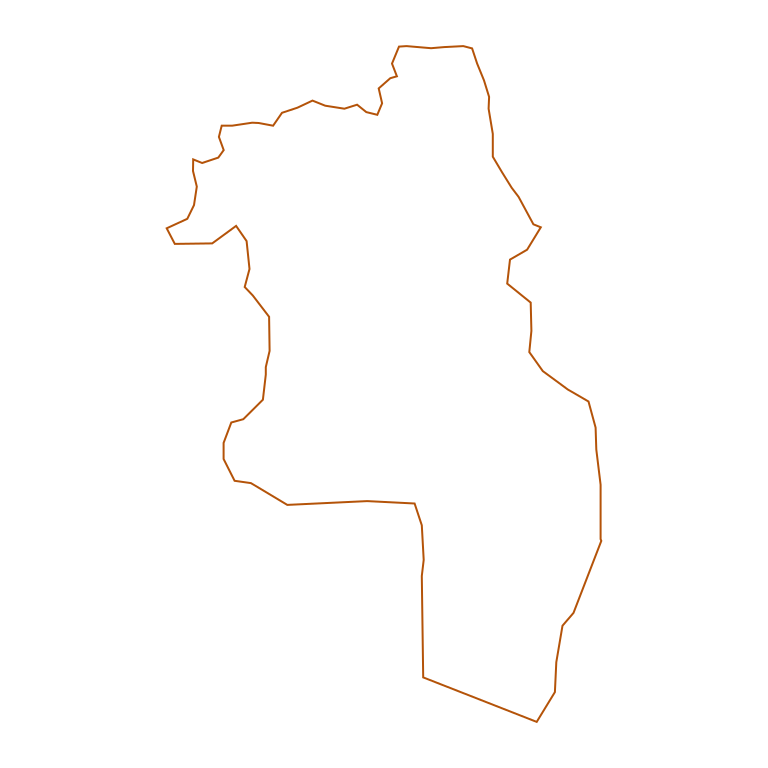 Kellaki, Limassol, Cyprus (Robinson projection)
{"feature_id": "46923920B49003106187901", "entity_name": "Kellaki", "entity_type": "district", "adm_level": 2, "iso_a3": "CYP", "parent_name": "Cyprus", "parent_adm1": "Limassol", "projection": "robinson", "projection_center": [33.159, 34.81], "detail": "fine", "context": "isolated", "style": "outline", "palette": "amber", "viewbox_px": 768, "rotation_deg": 0, "n_neighbors": 0, "source": "geoboundaries", "source_scale": "gbopen_adm2", "svg_char_len": 1218}
<svg xmlns="http://www.w3.org/2000/svg" viewBox="0 0 768 768"><path d="M193.2,159.4L193.0,171.0L196.8,186.6L194.0,205.1L187.3,218.8L166.7,228.3L174.8,243.9L212.2,243.4L236.1,225.9L246.6,241.1L249.5,269.0L244.7,287.0L252.8,295.5L269.1,316.8L269.6,350.9L265.8,367.1L265.8,374.6L262.9,399.7L243.3,419.2L231.3,422.5L223.6,442.9L223.6,459.0L234.6,480.8L250.9,483.1L287.3,504.9L367.2,501.1L414.6,503.5L421.8,525.3L423.7,559.9L421.8,576.0L423.2,677.4L441.3,684.5L536.7,721.9L554.9,692.1L556.3,662.2L562.5,625.7L573.5,612.9L601.3,540.9L600.6,539.1L600.6,512.3L600.6,484.8L596.3,449.5L595.6,427.6L588.5,401.5L567.8,389.5L542.8,371.1L529.3,352.1L531.4,330.9L530.7,302.6L507.2,283.6L510.0,259.6L527.1,249.7L540.8,227.3L533.4,224.3L518.6,196.9L511.7,187.8L502.0,172.2L492.8,156.7L492.8,133.9L488.6,108.7L489.1,96.9L484.0,80.4L477.1,63.5L472.1,48.4L463.3,46.1L444.0,47.1L431.1,48.2L406.5,46.1L399.0,46.6L392.0,63.6L396.9,76.3L390.3,78.2L378.7,88.4L382.1,103.3L377.3,114.8L366.3,112.1L357.1,104.7L344.4,108.7L325.2,105.7L312.5,100.6L297.4,107.7L282.0,112.8L273.1,125.7L258.7,123.0L252.2,122.7L232.0,125.7L221.7,125.7L218.9,136.9L223.7,150.1L218.3,157.6L202.1,163.0L193.2,159.4Z" fill="none" stroke="#b45309" stroke-width="2"/></svg>